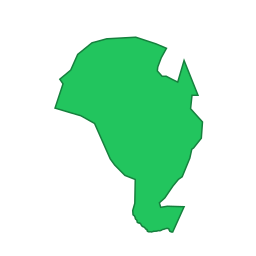 the district of Darxan, Hentiy, Mongolia, rotated 202°
{"feature_id": "93677404B15317120732328", "entity_name": "Darxan", "entity_type": "district", "adm_level": 2, "iso_a3": "MNG", "parent_name": "Mongolia", "parent_adm1": "Hentiy", "projection": "orthographic", "projection_center": [109.184, 46.592], "detail": "fine", "context": "isolated", "style": "filled", "palette": "green", "viewbox_px": 256, "rotation_deg": 202, "n_neighbors": 0, "source": "geoboundaries", "source_scale": "gbopen_adm2", "svg_char_len": 2077}
<svg xmlns="http://www.w3.org/2000/svg" viewBox="0 0 256 256"><g transform="rotate(202 128 128)"><path d="M90.8,49.4L89.3,49.0L88.8,48.7L88.7,48.4L88.5,48.2L88.2,48.0L87.9,47.9L87.7,47.8L87.6,47.6L87.5,47.1L87.3,46.7L86.9,46.4L86.4,46.2L86.0,46.1L85.6,46.0L85.3,45.7L85.0,45.5L84.8,45.3L84.7,45.1L84.5,44.6L84.4,44.4L84.3,44.2L84.0,44.1L83.5,43.9L83.3,43.9L82.9,44.0L82.7,44.1L82.3,43.9L82.1,43.9L82.0,44.0L81.9,44.1L81.8,44.3L81.6,44.4L81.3,44.3L81.1,44.2L80.8,44.0L80.5,43.9L80.2,43.7L79.9,43.6L79.7,43.5L79.6,43.4L79.4,43.1L79.0,42.7L78.7,42.5L78.5,42.4L78.1,42.4L77.6,42.1L77.3,42.1L76.8,42.2L76.2,42.1L75.7,42.0L75.0,41.8L74.5,41.5L74.3,41.3L73.9,41.0L73.5,41.0L73.2,41.0L72.8,41.0L72.5,41.0L72.3,40.9L72.1,40.6L72.0,40.3L71.9,40.1L71.8,39.9L71.7,39.8L71.4,39.9L71.2,39.9L71.0,39.7L70.9,39.5L70.7,39.5L70.4,39.5L70.1,39.5L69.9,39.5L69.7,39.6L69.2,39.8L68.9,39.9L68.6,40.1L68.4,40.2L68.1,40.3L67.6,40.3L67.3,40.4L66.8,40.8L66.4,41.1L66.0,41.3L65.9,41.4L65.8,41.7L65.3,42.0L64.6,42.2L63.9,42.6L63.4,42.8L63.0,43.0L62.7,43.2L62.3,43.5L62.1,43.6L61.8,44.0L61.3,44.2L61.0,44.4L60.5,44.5L60.2,44.6L59.9,44.7L59.8,44.8L59.1,45.4L58.9,45.6L58.1,46.6L57.8,47.0L57.4,47.2L56.7,47.6L56.5,47.8L56.2,48.2L55.8,48.5L55.3,48.8L54.9,49.1L54.6,49.4L54.3,49.5L54.1,49.6L53.8,49.6L53.5,49.8L53.2,49.8L52.8,49.9L52.4,49.8L52.2,49.7L52.1,49.4L51.8,49.1L51.7,48.9L51.3,48.6L51.0,48.4L50.7,48.2L50.5,47.9L50.3,47.9L50.0,47.9L49.8,47.9L49.6,48.1L49.4,48.0L49.1,47.9L48.9,47.8L48.6,47.9L48.4,48.0L48.1,48.2L47.9,48.2L47.6,48.3L46.5,76.0L62.2,70.2L68.0,66.7L70.9,70.4L67.7,76.9L64.6,91.1L62.0,99.3L59.5,103.1L59.4,123.2L60.9,132.2L59.7,134.1L56.2,146.0L61.2,161.5L77.2,169.3L80.9,182.3L75.4,184.6L101.3,211.6L99.1,189.2L104.9,189.6L112.0,190.3L115.7,188.7L122.2,191.9L123.3,195.8L123.5,205.6L122.2,216.3L133.7,216.5L154.8,215.1L181.2,202.7L189.7,196.2L193.3,193.5L202.2,177.4L202.8,160.2L209.5,147.7L204.8,144.6L203.1,119.1L186.2,120.7L176.3,121.7L160.7,119.7L132.9,92.7L126.5,88.7L113.1,82.9L102.0,83.0L93.5,60.8L92.7,53.2L90.8,49.4Z" fill="#22c55e" stroke="#15803d" stroke-width="1.5"/></g></svg>